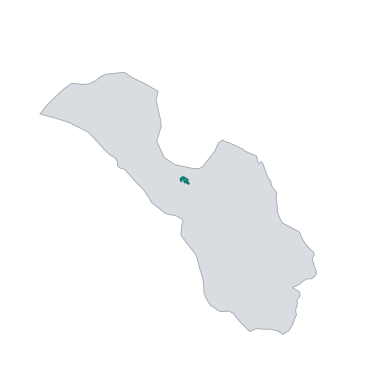 Stopiņu pag., Stopinu, Latvia shown in context, rotated 43°
{"feature_id": "27541924B13594344549497", "entity_name": "Stopiņu pag.", "entity_type": "district", "adm_level": 2, "iso_a3": "LVA", "parent_name": "Latvia", "parent_adm1": "Stopinu", "projection": "robinson", "projection_center": [24.317, 56.919], "detail": "fine", "context": "in_parent", "style": "filled", "palette": "teal", "viewbox_px": 384, "rotation_deg": 43, "n_neighbors": 0, "source": "geoboundaries", "source_scale": "gbopen_adm2", "svg_char_len": 3740}
<svg xmlns="http://www.w3.org/2000/svg" viewBox="0 0 384 384"><g transform="rotate(43 192 192)"><path d="M283.9,262.3L281.6,262.1L275.0,260.2L269.4,257.5L266.0,253.9L260.3,248.9L256.5,246.3L250.5,243.2L240.6,236.7L237.1,235.2L219.6,232.3L213.3,231.1L207.4,223.7L205.5,219.4L202.7,218.7L199.6,219.6L196.2,220.4L188.3,225.4L185.8,226.1L180.9,226.2L169.5,227.3L164.4,225.5L155.4,223.5L150.5,223.2L146.2,223.2L127.0,221.3L123.5,223.4L120.0,223.8L116.6,220.5L112.3,219.5L107.6,220.7L99.0,220.8L88.9,219.8L76.0,218.9L74.0,219.3L59.6,223.7L56.0,224.4L40.3,231.8L27.8,238.7L26.6,227.6L27.8,205.4L29.9,194.5L38.6,188.0L43.0,183.1L45.6,176.4L46.4,170.3L48.3,165.2L60.8,150.6L70.6,149.0L83.8,144.9L98.5,141.6L101.3,145.9L102.7,149.1L120.3,161.1L124.8,165.1L131.5,178.8L148.0,185.8L160.9,183.6L166.6,180.2L177.0,174.0L181.6,169.4L182.5,165.0L180.7,146.2L177.9,138.1L178.8,133.0L180.6,133.2L185.0,130.8L199.4,126.2L202.2,126.0L205.5,125.1L214.6,121.7L217.5,123.5L219.9,125.6L221.3,125.6L221.9,124.8L221.7,123.5L222.3,122.5L224.9,123.1L235.5,128.7L239.5,130.1L242.3,130.4L245.6,133.1L254.6,134.9L255.7,136.3L256.4,138.0L264.9,145.2L268.7,148.8L276.2,152.1L279.4,152.9L292.4,149.5L296.1,148.3L299.1,148.3L302.2,150.1L309.2,152.5L315.6,153.2L316.7,153.1L322.1,153.3L324.0,154.3L325.4,158.9L331.5,162.5L337.3,165.5L338.8,166.9L339.3,169.6L339.0,172.7L338.3,174.3L336.0,176.2L334.0,180.9L333.8,185.4L330.7,193.2L331.5,193.3L338.3,191.9L340.3,192.7L341.9,194.4L342.5,199.3L344.8,201.5L347.2,204.9L348.0,207.6L352.4,210.8L352.8,212.8L355.7,220.1L356.9,224.3L357.4,227.5L356.2,231.6L355.1,234.4L353.7,234.3L349.8,235.0L343.6,238.4L334.5,246.3L332.1,248.0L329.8,254.0L329.2,254.6L323.8,254.4L322.3,254.2L316.9,254.3L305.0,252.8L300.4,253.8L294.5,259.9L292.2,260.8L285.1,261.6L283.9,262.3Z" fill="#d9dde1" stroke="#a8b0b8" stroke-width="1"/><path d="M178.9,186.0L178.6,186.1L178.2,186.2L178.1,186.3L177.9,186.4L177.8,186.5L177.7,186.5L177.4,186.6L177.2,186.7L176.8,186.6L176.7,186.6L176.4,186.6L176.4,186.8L176.4,187.0L176.1,187.1L175.9,186.9L175.8,186.7L175.7,186.7L175.6,186.8L175.4,187.1L175.3,187.4L175.1,187.5L174.9,187.7L174.8,187.8L174.9,188.2L174.9,188.5L175.0,188.6L174.9,188.6L174.9,188.8L174.9,189.0L174.9,189.4L174.8,189.7L174.8,189.9L174.7,189.9L174.6,190.0L174.8,190.1L174.7,190.1L174.9,190.4L175.0,190.5L175.4,190.7L175.4,190.8L175.5,190.8L175.4,190.8L175.3,191.0L175.5,191.1L176.0,191.4L176.2,191.5L176.3,191.5L176.5,191.6L176.8,191.6L176.9,191.4L176.6,191.4L176.6,191.2L176.5,190.9L176.3,190.6L176.0,190.3L176.0,190.2L175.9,190.1L175.8,189.9L175.7,189.8L175.7,189.7L175.8,189.7L175.8,189.3L175.7,189.3L175.6,189.2L175.8,189.2L176.1,189.1L176.1,188.9L175.9,188.8L176.2,188.8L176.5,188.8L176.8,188.8L177.0,188.8L177.3,188.8L177.5,188.8L178.0,188.8L178.4,188.8L178.6,188.8L178.9,188.8L179.2,188.9L179.4,188.9L179.6,189.0L179.8,189.0L179.7,189.4L179.4,189.5L179.2,189.7L179.3,189.8L179.5,189.9L179.8,190.0L180.0,190.1L180.1,189.9L180.3,189.8L180.3,189.7L180.5,189.7L180.8,189.5L180.8,189.4L180.7,189.2L180.8,189.2L180.7,189.2L180.8,189.1L181.0,189.0L181.0,188.9L181.3,188.9L181.5,188.9L181.8,188.9L182.0,188.9L182.3,188.9L182.5,188.8L183.1,188.7L183.4,188.7L183.7,188.7L183.8,188.6L184.1,188.3L184.0,188.0L183.9,187.9L183.7,187.7L183.0,187.7L182.8,187.6L182.5,187.6L182.3,187.8L182.2,187.9L182.1,188.0L181.9,188.1L182.0,188.4L181.9,188.5L181.6,188.4L181.7,188.2L181.4,188.0L181.3,187.9L181.3,187.7L181.2,187.7L181.2,187.4L181.2,186.9L180.9,186.8L180.8,186.7L180.7,186.7L180.7,186.8L180.6,186.7L180.8,186.6L180.7,186.5L180.7,186.4L180.6,186.5L180.4,186.5L180.4,186.4L180.2,186.4L180.0,186.2L179.9,186.2L179.7,186.1L179.4,186.1L179.2,186.0L179.1,185.9L179.0,186.0L178.9,186.0L178.9,186.0Z" fill="#14b8a6" stroke="#0f766e" stroke-width="1.5"/></g></svg>